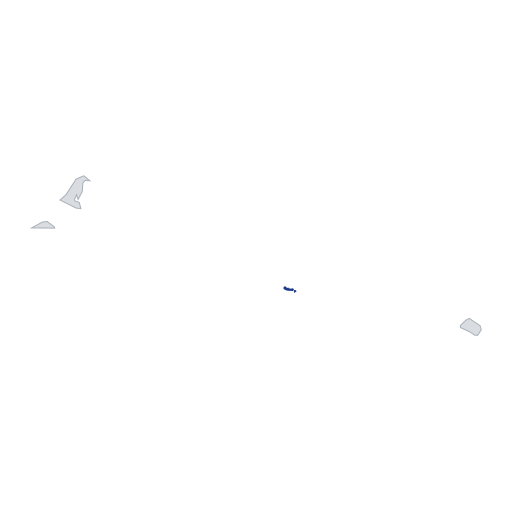 Pangai, Tonga (highlighted), rotated 89°
{"feature_id": "48082658B13739269194746", "entity_name": "Pangai", "entity_type": "district", "adm_level": 2, "iso_a3": "TON", "parent_name": "Tonga", "parent_adm1": "", "projection": "equal_earth", "projection_center": [-174.349, -19.79], "detail": "fine", "context": "in_parent", "style": "filled", "palette": "blue", "viewbox_px": 512, "rotation_deg": 89, "n_neighbors": 0, "source": "geoboundaries", "source_scale": "gbopen_adm2", "svg_char_len": 1677}
<svg xmlns="http://www.w3.org/2000/svg" viewBox="0 0 512 512"><g transform="rotate(89 256 256)"><path d="M196.0,436.4L197.6,436.4L199.4,431.8L205.6,430.2L204.9,435.1L196.6,451.0L191.3,444.8L176.0,434.6L172.8,426.8L177.9,420.8L177.4,425.6L180.0,427.8L188.6,428.6L196.4,432.9L191.6,434.3L196.0,436.4ZM335.5,43.7L331.1,52.9L329.0,52.8L323.9,47.4L322.1,43.8L329.8,33.0L333.8,32.1L339.2,35.8L338.9,38.9L335.5,43.7ZM224.6,456.7L224.0,479.9L218.4,469.2L217.8,464.3L223.4,457.1L224.6,456.7Z" fill="#d9dde1" stroke="#a8b0b8" stroke-width="1"/><path d="M289.3,227.2L289.6,226.6L289.8,226.3L290.0,226.4L290.3,225.8L290.1,225.7L290.3,225.2L290.2,225.2L290.2,224.8L290.0,224.3L290.1,224.1L290.1,223.9L290.2,223.7L290.6,223.7L290.7,223.3L290.7,223.2L290.4,222.9L290.6,222.3L290.7,222.0L290.8,221.7L290.7,221.6L290.7,221.2L290.8,220.7L290.9,220.1L290.2,219.7L290.2,219.8L289.9,220.0L289.7,220.1L289.7,220.3L289.8,220.3L289.9,220.5L290.0,220.6L290.0,220.8L290.0,221.2L290.0,221.3L290.1,221.5L290.1,221.8L290.1,222.0L290.0,222.3L289.9,222.5L289.8,222.8L289.8,223.0L289.7,223.2L289.7,223.4L289.6,223.5L289.6,223.8L289.5,224.1L289.4,224.2L289.4,224.4L289.4,224.5L289.2,224.6L289.3,224.7L289.3,224.9L289.2,224.9L289.3,225.1L289.3,225.3L289.2,225.5L289.0,225.8L289.0,226.1L288.9,226.3L288.7,226.5L288.4,226.8L288.2,226.8L288.0,227.0L287.9,227.1L287.9,227.3L287.7,227.4L287.6,227.5L287.9,228.2L288.1,228.1L288.2,227.9L288.3,227.7L288.3,227.9L288.6,228.0L288.8,228.2L289.0,228.3L289.3,228.0L289.4,227.7L289.5,227.4L289.3,227.2ZM291.8,217.1L291.6,217.3L291.4,217.5L291.4,217.8L291.5,218.1L291.9,218.0L292.2,217.8L292.3,217.8L291.8,217.1Z" fill="#3b82f6" stroke="#1e3a8a" stroke-width="1.5"/></g></svg>